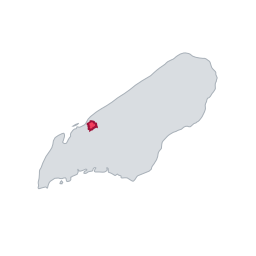 Vavatenina, Analanjirofo, Madagascar shown in context, rotated 218°
{"feature_id": "10022922B54073545298219", "entity_name": "Vavatenina", "entity_type": "district", "adm_level": 2, "iso_a3": "MDG", "parent_name": "Madagascar", "parent_adm1": "Analanjirofo", "projection": "albers", "projection_center": [49.007, -17.472], "detail": "fine", "context": "in_parent", "style": "filled", "palette": "rose", "viewbox_px": 256, "rotation_deg": 218, "n_neighbors": 0, "source": "geoboundaries", "source_scale": "gbopen_adm2", "svg_char_len": 5618}
<svg xmlns="http://www.w3.org/2000/svg" viewBox="0 0 256 256"><g transform="rotate(218 128 128)"><path d="M165.7,30.6L166.4,32.2L167.2,33.8L169.7,37.5L170.8,38.9L171.7,40.4L172.1,43.4L173.6,48.1L175.1,55.1L175.5,62.3L175.9,65.6L177.1,68.8L178.9,72.0L179.5,75.6L178.3,79.3L176.6,82.8L176.2,83.4L175.4,84.3L175.1,84.3L173.7,83.4L172.7,81.9L171.3,78.4L170.8,76.6L170.2,76.4L168.6,76.5L167.5,77.6L167.2,78.3L167.5,80.3L167.9,82.0L168.1,83.8L168.1,86.1L168.6,86.7L169.2,87.3L169.9,88.8L170.0,92.3L169.6,94.1L168.4,95.6L168.5,96.4L168.9,97.3L168.5,97.8L167.0,98.5L166.4,99.1L165.6,100.6L164.2,103.8L164.1,105.4L164.9,110.3L164.6,113.8L163.0,120.5L162.0,123.6L160.6,127.4L158.6,132.4L156.5,138.6L154.8,145.1L153.5,148.9L152.1,152.7L150.1,159.5L148.5,166.3L146.0,173.8L142.7,182.2L142.3,183.3L141.6,187.6L140.9,191.3L140.0,194.9L138.1,201.0L137.9,202.9L137.5,204.7L135.7,208.5L134.9,209.9L134.4,211.4L134.1,213.3L133.6,215.1L132.3,218.5L130.3,221.4L129.0,222.5L126.1,224.0L124.6,224.4L121.4,224.4L118.2,225.4L114.9,227.1L111.8,229.0L110.6,230.0L109.2,230.5L105.0,230.7L103.8,230.3L99.5,227.3L97.9,226.8L94.8,226.4L93.8,226.2L93.0,225.8L91.7,224.2L89.2,222.8L88.6,222.4L88.2,221.5L87.9,220.4L87.2,219.3L86.7,217.1L85.8,215.6L83.5,212.9L83.2,212.1L82.9,209.2L83.0,207.2L82.6,203.6L82.8,201.9L83.6,200.4L83.2,198.7L82.3,197.0L82.0,195.3L81.3,193.6L78.8,190.8L78.2,189.3L77.7,187.9L76.7,183.2L76.5,181.6L76.5,178.1L76.8,176.4L77.4,175.1L77.5,174.2L77.9,173.4L78.4,172.7L78.8,172.0L79.6,167.5L80.7,166.5L82.4,165.9L83.7,164.7L84.5,163.1L85.2,159.9L87.3,156.7L88.0,155.0L89.7,152.4L91.1,148.8L91.6,147.1L91.9,145.4L92.2,141.6L92.4,139.7L92.3,137.9L91.4,136.0L89.2,132.6L89.1,131.9L89.2,129.3L89.0,127.5L88.1,125.6L87.1,123.9L86.0,120.7L85.4,115.3L85.4,113.3L85.1,111.6L84.3,109.9L84.8,107.0L90.9,96.4L91.1,95.1L90.8,91.9L90.9,90.1L91.1,89.4L91.6,89.0L92.7,88.7L97.9,88.2L98.5,87.8L99.8,86.9L101.6,85.2L102.4,84.7L103.1,84.8L103.6,85.6L104.2,85.9L106.3,85.1L107.1,85.1L107.9,85.2L108.3,84.5L108.5,83.5L108.8,82.8L109.3,82.5L112.1,82.2L113.8,81.9L116.0,81.2L116.5,81.3L118.4,83.7L118.9,83.9L119.6,84.0L120.2,83.5L118.7,82.3L118.5,81.6L118.6,80.8L119.3,79.0L120.6,77.7L123.5,75.7L126.6,73.3L127.5,73.1L128.2,73.5L128.8,76.2L128.7,76.7L129.2,76.7L129.8,76.4L130.3,75.3L130.3,74.4L129.9,73.5L129.7,72.8L129.7,72.1L131.2,70.4L132.4,68.9L132.9,67.1L133.4,66.2L134.7,65.2L135.1,65.4L135.4,66.2L135.6,67.0L135.2,67.8L134.8,68.6L134.6,69.7L135.3,69.9L136.0,69.6L137.0,67.7L138.1,65.8L138.8,64.9L139.6,64.2L141.0,64.3L142.4,64.7L140.2,62.8L139.6,60.1L142.2,55.5L142.3,54.6L142.7,54.3L142.8,53.9L141.4,52.3L141.2,51.6L141.3,50.4L142.0,49.4L142.6,48.6L143.5,48.3L144.2,48.7L145.7,50.0L146.7,50.2L147.9,49.0L148.9,47.4L150.4,46.4L152.1,45.7L154.7,43.3L156.4,38.3L156.5,36.8L156.1,35.0L155.5,33.3L154.5,31.2L154.8,30.8L156.2,31.0L156.7,30.7L158.2,28.9L160.8,25.3L161.6,25.3L162.4,26.0L162.6,26.9L163.1,27.7L164.9,29.4L165.7,30.6ZM147.9,44.8L148.0,45.4L146.0,45.1L145.7,43.2L146.6,43.2L146.9,42.4L147.4,42.3L148.1,44.0L147.9,44.8ZM171.4,98.7L169.7,101.4L170.2,99.1L172.1,95.8L172.6,95.5L171.4,98.7Z" fill="#d9dde1" stroke="#a8b0b8" stroke-width="1"/><path d="M161.9,108.4L161.9,108.2L162.0,107.9L162.0,107.6L162.1,107.3L162.2,107.2L162.3,107.1L162.4,106.9L162.0,106.8L162.1,106.7L162.3,106.6L162.3,106.4L162.2,106.4L162.3,106.2L162.5,106.2L162.4,106.0L162.2,105.9L161.9,106.0L161.9,105.9L161.8,105.7L161.7,105.7L161.5,105.9L161.3,106.1L161.3,106.3L161.2,106.3L161.0,106.2L160.9,106.1L160.7,106.1L160.4,106.0L160.3,105.9L160.5,105.7L160.4,105.5L160.2,105.3L160.2,105.2L160.3,105.2L160.4,104.8L160.3,104.7L160.2,104.7L160.1,104.8L159.9,104.8L159.5,104.9L159.6,104.6L159.5,104.3L159.4,104.2L159.2,103.9L159.2,103.7L158.9,103.8L158.6,103.9L158.6,103.7L158.7,103.4L158.5,103.2L158.4,103.2L158.2,103.2L158.0,103.3L158.0,103.2L157.9,103.3L157.7,103.3L157.4,103.5L157.4,103.4L157.3,103.2L157.5,102.9L157.4,102.9L157.2,102.9L157.2,103.0L156.9,103.1L156.7,103.2L156.6,102.8L156.7,102.7L156.4,102.8L156.3,102.6L156.2,102.9L156.2,103.0L156.3,103.6L156.4,104.0L156.4,104.3L156.1,104.6L156.0,104.8L155.9,104.8L155.9,104.6L156.0,104.4L155.8,104.2L155.6,104.1L155.2,104.6L155.1,104.8L155.1,105.1L155.2,105.3L155.3,105.5L155.3,105.8L155.3,106.0L155.3,106.3L155.3,106.5L155.2,106.5L154.8,106.5L154.7,106.8L154.8,106.9L154.9,107.1L155.0,107.1L155.2,107.3L155.3,107.3L155.2,107.4L154.9,107.4L154.9,107.5L154.7,107.6L154.7,107.8L154.8,107.9L154.8,108.0L154.9,108.4L154.6,108.5L154.5,108.4L154.4,108.4L154.2,108.4L154.2,108.5L153.9,108.8L153.8,109.0L153.9,109.3L153.7,109.4L153.4,109.5L153.2,109.5L153.1,109.8L153.3,109.9L153.2,109.9L153.3,110.0L153.5,110.2L153.8,110.3L153.9,110.2L154.0,110.2L154.1,110.3L154.2,110.2L154.3,110.1L154.5,110.0L154.8,110.0L155.0,110.1L155.2,110.3L155.1,110.5L155.3,110.7L155.5,110.7L155.5,110.9L155.5,111.1L155.4,111.1L155.3,111.3L155.2,111.4L155.3,111.5L155.2,111.5L155.4,111.7L155.5,111.8L155.6,111.7L155.8,111.8L155.8,111.7L156.0,111.6L156.3,111.7L156.4,111.8L156.5,111.9L156.5,112.0L156.5,111.9L156.7,111.7L156.9,111.7L157.0,111.7L157.3,111.4L157.5,111.4L157.8,111.4L157.8,111.5L157.8,111.4L157.9,111.5L157.9,111.4L158.0,111.4L158.3,111.3L158.3,111.2L158.5,111.2L158.7,111.3L158.9,111.4L158.9,111.5L158.9,111.4L159.0,111.4L159.3,111.3L159.4,111.5L159.5,111.6L159.4,111.7L159.5,111.7L159.8,111.8L159.9,111.7L160.0,111.5L160.2,111.4L160.3,111.3L160.5,111.3L160.8,111.1L160.7,111.1L160.7,110.7L160.8,110.6L161.0,110.7L161.2,110.9L161.3,110.9L161.4,110.7L161.5,110.5L161.6,110.3L161.5,110.1L161.5,109.8L161.6,109.7L161.7,109.4L161.5,109.1L161.5,108.9L161.7,108.7L161.9,108.4Z" fill="#f43f5e" stroke="#9f1239" stroke-width="1.5"/></g></svg>